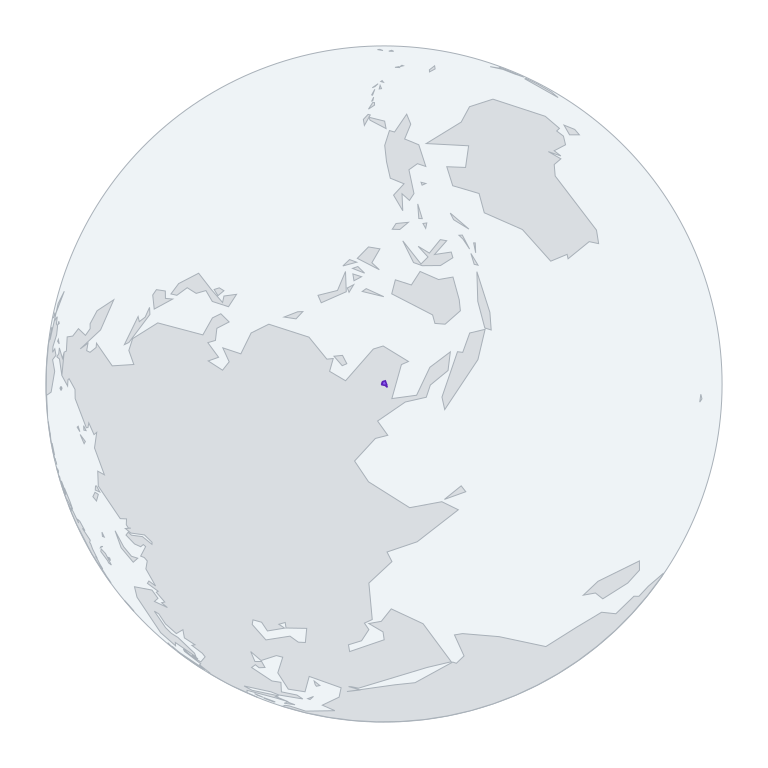 globe centered on Bântéay Méanchey, rotated 250°
{"feature_id": "KHM-1777", "entity_name": "Bântéay Méanchey", "entity_type": "Province", "adm_level": 1, "iso_a3": "KHM", "parent_name": "Cambodia", "parent_adm1": "", "projection": "orthographic", "projection_center": [102.955, 13.824], "detail": "fine", "context": "on_globe", "style": "filled", "palette": "violet", "viewbox_px": 768, "rotation_deg": 250, "n_neighbors": 0, "source": "natural_earth", "source_scale": "10m", "svg_char_len": 10595}
<svg xmlns="http://www.w3.org/2000/svg" viewBox="0 0 768 768"><g transform="rotate(250 384 384)"><circle cx="384" cy="384" r="338" fill="#eef3f6" stroke="#a8b0b8"/><path d="M700.5,492.2L699.9,494.5L699.7,494.8L700.5,492.2ZM537.0,82.7L538.6,83.9L551.1,91.3L539.7,85.3L570.9,105.2L580.5,115.3L562.8,100.0L555.8,95.7L559.0,100.0L552.5,96.7L550.3,97.2L542.2,93.2L532.5,85.8L527.1,83.4L529.7,86.7L523.2,85.6L520.2,80.9L508.6,78.9L490.2,68.4L488.8,63.1L471.8,57.8L468.5,56.8L491.9,63.8L514.8,72.4L537.0,82.7ZM561.5,98.1L559.0,95.8L563.7,99.3L561.5,98.1ZM551.4,98.0L554.2,99.9L551.9,99.5L551.4,98.0ZM537.4,93.3L532.8,92.5L535.8,91.9L537.4,93.3ZM529.0,91.3L518.0,90.6L523.3,94.3L502.2,84.2L518.5,87.6L521.4,85.9L523.8,88.8L529.0,91.3ZM455.6,53.8L443.9,51.5L441.0,50.9L455.6,53.8ZM492.3,79.3L488.2,78.4L490.7,78.0L492.3,79.3ZM463.6,55.6L463.2,55.6L453.3,53.6L451.8,53.5L443.8,51.4L463.6,55.6ZM410.6,47.1L409.6,47.1L410.6,47.1ZM437.4,50.4L433.3,49.8L440.2,51.1L433.0,50.2L428.9,49.2L427.7,49.2L425.5,49.0L424.6,48.6L437.4,50.4ZM408.0,46.9L409.3,47.2L402.7,46.6L408.0,46.9ZM418.1,47.8L418.4,47.9L412.4,47.4L413.4,47.4L416.9,47.7L418.1,47.8ZM429.7,50.1L441.7,51.7L442.1,51.9L429.7,50.1ZM405.7,47.0L407.6,47.2L404.8,46.9L405.7,47.0ZM422.1,48.9L426.3,49.3L426.7,49.6L422.1,48.9ZM408.0,47.5L405.5,47.2L408.6,47.3L408.0,47.5ZM414.3,48.2L413.9,48.4L411.2,47.5L416.1,48.3L414.3,48.2ZM421.8,49.1L423.4,49.4L420.0,48.9L421.8,49.1ZM397.6,47.8L393.5,46.8L400.4,46.8L403.4,47.7L397.6,47.8ZM115.8,178.4L115.9,181.1L113.9,184.9L103.4,198.5L93.8,226.1L103.3,216.2L105.1,234.7L113.2,239.8L134.8,213.7L121.8,204.5L130.0,189.7L148.9,185.4L161.9,195.4L165.6,190.0L166.2,173.9L178.2,167.2L167.4,167.8L165.1,174.1L158.3,175.2L160.1,169.6L164.2,167.1L162.9,162.6L143.3,177.1L138.9,185.1L129.8,182.3L121.5,195.8L115.8,200.0L127.7,178.9L133.4,172.5L148.1,149.2L141.3,155.3L127.0,178.3L127.4,175.3L118.1,185.5L125.6,175.5L143.0,150.5L140.8,149.8L132.7,158.1L152.4,137.9L156.4,134.2L161.4,129.8L169.8,122.7L167.9,124.3L173.1,120.1L171.8,121.7L183.2,114.7L183.8,116.1L201.0,105.1L203.7,104.8L192.8,111.0L185.5,116.8L188.8,122.6L193.1,121.2L204.1,114.1L203.6,117.2L213.7,109.6L221.9,111.0L220.5,103.5L233.3,96.6L245.1,93.7L249.1,90.5L229.8,95.4L222.4,98.9L216.3,103.7L195.8,113.9L191.9,114.0L212.5,99.5L209.3,98.6L226.7,89.1L268.1,79.0L278.8,80.2L269.7,95.5L259.9,98.3L258.2,93.9L248.0,104.0L254.5,100.2L254.1,103.4L266.2,98.8L266.5,100.9L277.6,93.5L279.3,95.7L272.3,100.3L291.7,97.0L298.7,101.0L302.9,99.4L305.5,96.5L312.7,104.4L315.5,102.9L314.3,99.7L319.0,94.9L330.3,89.9L332.2,92.9L328.3,95.0L323.2,104.8L312.7,111.1L314.6,111.9L324.1,107.3L330.5,95.2L336.7,91.5L335.1,96.8L336.2,94.5L339.9,93.7L345.3,95.9L347.7,90.1L385.8,80.6L400.0,85.2L394.3,90.2L422.9,90.1L436.8,97.5L435.6,94.2L448.4,93.3L444.3,90.9L444.7,89.3L475.9,88.8L484.6,91.8L496.7,89.9L496.1,88.5L490.3,86.0L502.2,84.2L523.3,94.3L523.6,96.8L536.6,102.4L535.5,107.9L540.5,115.8L531.8,120.1L536.5,126.8L541.1,128.4L551.0,139.5L555.6,158.9L531.8,136.2L520.9,110.6L523.6,119.8L517.0,116.0L514.3,118.6L516.8,126.0L520.7,127.8L494.0,134.8L487.9,155.6L502.8,155.7L512.6,163.3L518.8,192.3L492.1,230.6L504.8,245.4L505.8,254.7L495.3,259.7L493.5,246.0L482.6,240.5L483.1,232.6L465.7,237.7L465.8,226.7L452.2,237.0L457.8,246.1L473.1,244.9L461.3,259.8L477.4,276.6L479.6,296.2L453.7,329.5L426.9,338.8L425.3,345.0L414.5,337.2L400.2,349.0L420.5,385.9L420.0,396.2L396.8,414.7L396.3,407.0L367.6,386.4L362.3,410.8L384.0,432.8L391.5,457.3L374.8,448.8L367.2,427.2L357.1,419.2L359.8,397.8L351.4,365.3L334.5,370.0L335.8,357.3L321.7,330.0L297.4,336.0L259.0,365.8L253.6,398.1L240.4,410.8L224.4,361.2L225.1,329.4L214.4,330.7L202.1,301.7L166.7,292.4L166.0,283.8L158.4,285.8L150.4,275.1L151.1,261.4L144.3,260.2L143.6,296.7L151.4,298.3L164.1,287.8L161.9,300.3L170.2,313.9L145.4,338.7L100.0,352.2L102.9,327.6L106.9,256.0L110.9,249.5L111.2,248.7L111.8,247.2L104.5,257.3L107.7,244.0L97.6,291.4L92.7,311.0L99.2,353.5L96.8,356.5L101.1,366.2L124.1,364.4L122.6,372.4L107.2,405.8L81.9,446.3L89.6,481.9L95.1,510.4L88.8,523.3L99.1,546.3L97.3,550.9L103.6,563.3L107.6,574.0L110.7,582.1L108.0,579.0L95.0,559.1L83.4,538.3L73.2,516.7L64.7,494.5L57.7,471.7L52.3,448.5L48.6,425.0L46.5,401.3L46.1,377.5L47.4,353.7L50.4,330.0L55.0,306.7L61.3,283.7L69.2,261.2L78.6,239.3L89.6,218.2L102.0,197.8L115.8,178.4ZM168.0,221.7L180.8,227.8L188.2,208.5L193.7,209.6L194.2,203.0L188.6,207.1L191.8,190.0L202.0,187.5L207.2,180.2L203.1,177.9L183.9,185.5L179.2,209.4L170.7,215.2L168.0,221.7ZM202.9,98.7L203.1,98.6L198.3,101.7L192.4,105.7L202.9,98.7ZM180.4,114.3L181.8,113.3L186.4,109.9L192.9,105.6L213.6,92.5L214.9,92.3L210.6,94.4L209.4,95.6L202.3,99.5L183.4,113.3L176.9,117.9L178.5,115.8L180.4,114.3ZM269.5,66.1L264.2,68.3L256.9,71.1L255.9,71.3L269.5,66.1ZM357.0,47.2L371.9,46.3L376.5,46.2L370.8,46.4L379.4,46.3L371.8,46.9L374.9,47.1L370.5,48.3L357.7,49.5L362.1,49.6L359.0,51.2L348.4,52.8L351.5,51.2L337.7,54.5L335.7,53.2L334.2,53.7L328.5,53.7L319.1,54.8L319.7,54.2L315.7,55.0L311.9,55.4L306.7,56.4L306.0,55.9L299.6,57.3L302.9,56.3L292.0,59.2L299.8,56.9L295.6,57.9L290.3,59.5L292.3,58.8L324.3,51.4L357.0,47.2ZM396.0,48.1L381.1,48.7L372.6,48.6L383.8,46.6L382.1,46.4L389.0,46.1L401.0,46.5L398.0,46.4L397.8,46.6L394.1,46.3L396.9,46.6L392.7,46.7L393.8,47.1L388.7,47.1L396.0,48.1ZM118.2,181.0L117.9,182.7L118.8,183.8L113.0,190.7L118.2,181.0ZM129.7,163.8L130.3,163.9L122.5,173.1L122.8,171.8L129.7,163.8ZM137.4,156.5L131.0,163.2L134.6,158.8L137.4,156.5ZM194.1,111.0L195.6,111.2L193.1,113.0L189.2,115.2L194.1,111.0ZM307.1,65.9L310.2,64.0L312.3,63.9L323.4,60.6L325.8,61.8L320.0,64.3L307.1,65.9ZM128.8,216.8L122.6,220.6L123.1,217.1L125.1,216.5L128.8,216.8ZM114.4,204.7L114.5,210.9L112.8,206.6L114.4,204.7ZM311.6,66.6L315.9,65.0L314.4,66.7L311.6,66.6ZM328.1,62.6L327.5,64.3L327.3,61.6L328.1,62.6ZM259.0,674.5L266.0,678.2L261.3,677.7L259.0,674.5ZM125.4,517.6L130.4,563.5L121.7,560.4L113.6,545.0L107.3,516.1L115.3,511.2L117.4,499.1L125.4,517.6ZM475.9,515.0L485.9,516.5L485.4,518.0L475.9,515.0ZM465.6,509.7L477.0,510.3L463.5,513.0L465.6,509.7ZM481.5,510.6L493.1,507.8L498.1,505.3L497.2,508.5L481.5,510.6ZM457.8,509.7L415.1,508.0L398.1,503.2L402.2,497.9L429.6,500.4L457.8,509.7ZM400.8,497.7L374.8,480.6L339.2,432.3L351.9,434.0L389.2,464.1L386.8,468.8L402.6,482.0L400.8,497.7ZM463.5,471.0L460.9,485.4L437.4,483.5L426.7,480.8L419.3,461.9L423.5,452.6L432.3,453.3L466.1,422.1L478.0,430.3L467.7,443.6L477.4,456.4L463.5,471.0ZM254.9,401.3L261.9,421.7L254.8,424.0L254.9,401.3ZM479.7,399.9L466.1,413.7L478.4,395.2L479.7,399.9ZM486.8,382.4L487.7,389.5L482.1,382.5L486.8,382.4ZM425.1,354.8L415.8,356.0L415.5,351.0L427.2,346.5L425.1,354.8ZM481.1,313.0L481.4,327.6L479.8,332.5L475.3,323.6L481.1,313.0ZM338.1,81.1L320.0,83.7L308.5,87.8L304.5,93.0L302.3,87.4L320.0,81.0L338.1,81.1ZM379.7,80.0L383.1,76.4L386.8,78.0L386.5,79.0L379.7,80.0ZM378.0,77.8L372.4,73.8L377.7,71.9L381.1,75.4L378.0,77.8ZM341.3,68.3L335.8,68.8L337.1,67.3L341.3,68.3ZM622.5,620.8L622.7,621.9L613.2,631.1L601.5,641.0L593.6,645.6L622.5,620.8ZM551.3,652.8L554.7,643.6L565.7,641.7L558.0,650.3L551.3,652.8ZM630.3,613.2L639.0,603.3L645.9,592.3L640.5,601.9L642.9,600.6L624.4,620.6L630.3,613.2ZM520.9,616.0L455.9,636.3L442.5,633.7L447.6,625.5L438.7,599.8L443.2,600.4L442.4,582.7L481.8,566.9L510.6,536.8L530.5,538.5L546.8,516.4L566.7,517.3L559.6,534.7L578.9,545.0L595.5,505.9L603.7,546.1L615.3,559.2L614.4,583.8L580.4,627.1L564.2,636.3L562.7,632.8L555.6,637.4L546.7,636.4L545.0,623.7L537.8,628.2L546.2,617.9L535.1,627.2L532.0,619.0L520.9,616.0ZM661.7,533.5L663.7,534.1L665.7,540.4L662.6,539.8L661.7,533.5ZM695.1,502.3L695.0,505.3L693.3,506.9L695.1,502.3ZM699.7,494.8L697.7,497.1L700.5,492.2L699.7,494.8ZM676.8,507.6L677.4,509.9L676.4,511.0L676.8,507.6ZM676.0,506.9L677.8,502.6L677.1,506.7L676.0,506.9ZM667.7,486.7L669.3,484.4L669.8,486.0L667.7,486.7ZM500.5,516.8L514.6,505.6L522.0,504.7L500.5,516.8ZM666.0,482.5L662.4,482.7L662.9,480.4L666.0,482.5ZM666.6,477.3L666.4,474.3L668.2,481.2L666.6,477.3ZM659.9,471.3L664.1,476.2L659.3,472.0L659.9,471.3ZM657.1,472.4L653.9,470.3L654.1,469.3L657.1,472.4ZM617.2,480.1L629.8,497.6L619.0,498.0L607.2,487.2L596.9,498.5L574.1,497.7L579.6,490.8L576.8,480.7L552.7,477.3L547.8,470.7L556.6,466.0L540.4,460.9L558.2,457.6L565.3,471.3L575.2,460.3L592.0,462.4L608.0,466.3L620.3,475.8L617.2,480.1ZM557.8,487.8L560.9,487.8L558.1,491.9L557.8,487.8ZM647.6,463.4L652.3,469.6L651.7,471.3L649.3,470.5L647.6,463.4ZM623.3,473.3L636.7,461.1L639.8,461.1L630.8,474.5L623.3,473.3ZM633.7,454.0L639.7,455.1L642.8,461.3L641.5,463.1L633.7,454.0ZM521.5,475.5L520.7,479.3L516.0,476.4L521.5,475.5ZM527.6,473.3L541.7,477.3L526.3,476.5L527.6,473.3ZM484.1,459.8L488.3,468.8L501.7,463.2L491.5,471.4L500.4,486.3L497.2,491.9L488.4,475.7L485.0,492.3L479.1,491.9L476.0,477.6L482.1,460.4L488.0,453.3L512.1,450.6L484.1,459.8ZM527.6,462.2L523.8,451.7L526.6,444.7L530.7,450.2L527.6,462.2ZM512.4,426.4L502.1,414.1L493.0,418.7L511.2,401.9L518.1,416.3L512.4,426.4ZM503.3,399.6L494.8,403.7L503.4,394.0L503.3,399.6ZM492.5,399.6L491.3,391.1L498.1,392.4L492.5,399.6ZM507.8,400.0L509.0,385.7L512.7,394.2L507.8,400.0ZM487.8,372.3L502.9,386.3L483.6,380.1L481.8,352.8L489.9,352.3L487.8,372.3ZM526.4,265.5L523.8,258.2L530.9,256.7L530.7,262.1L526.4,265.5ZM551.5,247.7L531.9,254.0L515.8,260.2L521.4,263.7L518.7,276.1L509.8,264.3L520.3,250.9L532.7,248.6L533.4,238.5L541.8,232.0L538.2,219.7L541.5,214.6L548.6,225.4L551.5,247.7ZM536.1,214.5L533.0,193.7L546.7,197.1L550.5,202.4L546.2,210.3L539.2,207.9L536.1,214.5ZM536.2,189.9L529.4,187.8L510.3,158.5L509.8,153.5L531.5,176.0L526.3,175.4L528.5,182.4L536.2,189.9ZM490.1,80.0L488.4,78.5L492.1,80.0L490.1,80.0ZM442.1,88.1L443.3,86.2L447.6,87.5L442.1,88.1ZM448.9,82.2L443.2,81.9L448.4,80.9L448.9,82.2ZM430.5,81.8L440.5,81.2L432.1,83.7L430.5,81.8Z" fill="#d9dde1" stroke="#a8b0b8" stroke-width="1"/><path d="M381.1,385.5L381.5,385.5L381.8,385.3L382.0,385.3L381.8,385.2L381.6,385.0L381.6,384.9L381.8,384.8L382.4,384.5L382.5,384.4L382.6,384.2L382.7,383.9L382.8,383.8L382.9,383.5L383.0,383.3L383.1,383.2L383.4,382.9L383.5,382.8L383.5,382.7L383.6,382.4L383.8,382.2L383.8,381.9L384.0,381.7L384.3,381.6L384.7,381.8L384.8,381.8L384.9,382.0L385.0,382.2L385.3,382.2L385.4,382.3L385.3,382.6L385.5,382.6L385.8,383.0L385.9,382.8L386.0,382.7L386.2,382.9L386.2,383.0L386.3,383.0L386.6,383.3L386.7,383.6L386.7,383.8L386.7,384.1L386.6,384.3L386.7,384.6L386.7,384.9L386.6,385.0L386.6,386.3L385.7,386.4L385.4,386.3L385.3,386.2L385.2,386.2L384.9,386.2L384.1,386.4L383.7,386.4L383.2,386.3L383.0,386.2L382.9,386.1L382.8,386.3L382.6,386.4L382.4,386.4L382.2,386.1L380.6,386.0L380.4,386.0L380.4,385.9L380.3,385.7L380.7,385.5L381.1,385.5Z" fill="#8b5cf6" stroke="#5b21b6" stroke-width="1.5"/></g></svg>